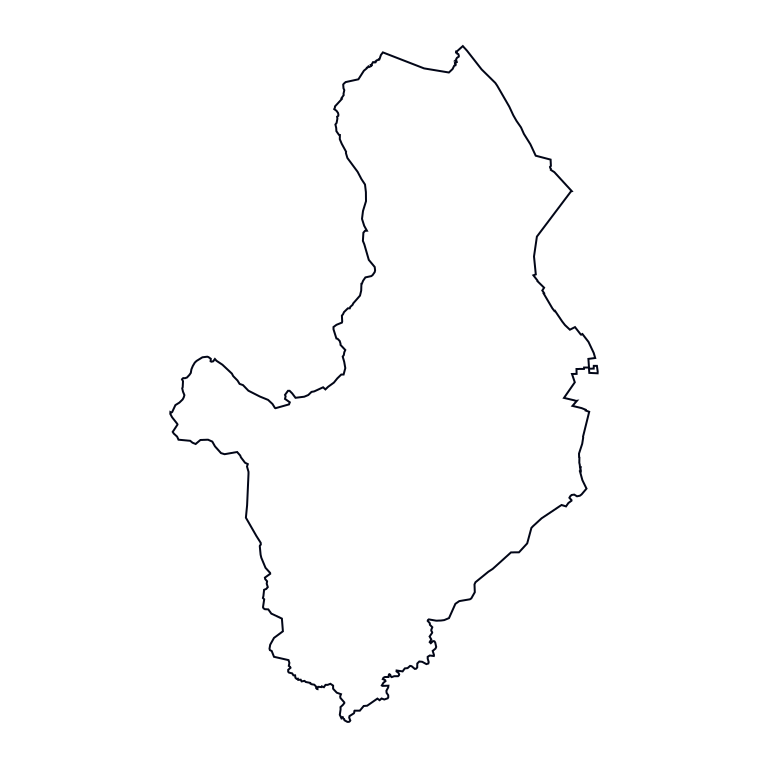 Kalkūnes pag., Daugavpils, Latvia
{"feature_id": "27541924B79116977656137", "entity_name": "Kalkūnes pag.", "entity_type": "district", "adm_level": 2, "iso_a3": "LVA", "parent_name": "Latvia", "parent_adm1": "Daugavpils", "projection": "orthographic", "projection_center": [26.423, 55.84], "detail": "fine", "context": "isolated", "style": "outline", "palette": "ink", "viewbox_px": 768, "rotation_deg": 0, "n_neighbors": 0, "source": "geoboundaries", "source_scale": "gbopen_adm2", "svg_char_len": 6071}
<svg xmlns="http://www.w3.org/2000/svg" viewBox="0 0 768 768"><path d="M589.2,411.8L585.6,410.5L585.8,409.8L581.6,408.1L572.5,405.9L576.9,400.8L575.4,401.0L575.0,400.5L564.0,397.9L574.8,382.3L572.0,374.0L576.6,373.9L576.5,369.0L584.0,368.9L584.1,367.5L589.0,367.5L588.4,358.9L595.2,358.0L593.7,352.9L588.5,341.9L582.4,334.0L581.1,334.7L580.6,334.3L575.0,327.1L569.9,329.7L565.0,325.1L562.2,321.5L555.0,310.8L554.5,311.1L552.4,308.4L543.6,293.4L544.1,293.1L542.3,290.5L544.1,287.7L537.4,281.1L537.5,280.6L533.4,275.3L535.8,274.4L534.0,256.5L536.9,236.6L570.9,191.5L571.8,191.2L554.3,172.1L550.8,169.9L550.9,168.9L550.2,167.8L550.0,166.9L550.9,165.9L550.6,159.6L535.7,155.7L530.4,144.3L523.9,133.9L521.0,127.4L516.5,120.9L513.3,115.3L509.3,106.7L497.2,85.7L495.3,82.9L481.6,69.4L467.0,50.7L462.8,46.1L457.1,51.2L456.1,51.4L456.0,52.5L456.9,52.6L457.1,53.6L458.3,54.1L458.8,55.5L458.8,56.6L456.9,57.9L456.2,59.2L456.2,59.8L455.1,60.8L456.6,61.3L456.8,62.1L454.9,62.9L455.0,63.8L455.7,64.3L455.5,65.3L454.2,65.7L452.6,69.0L448.9,72.5L424.1,68.4L382.9,52.4L380.9,55.0L379.6,58.9L378.9,59.1L379.0,59.7L376.6,60.4L375.7,62.0L375.3,61.6L374.6,62.4L373.1,62.1L371.7,64.4L371.8,65.0L370.8,65.0L371.1,66.1L369.1,67.0L368.4,66.4L367.7,67.4L366.8,67.7L366.8,68.3L363.9,70.7L358.4,79.3L345.6,82.1L343.7,83.8L343.2,84.6L343.5,88.3L344.3,90.1L343.5,93.9L343.7,95.1L341.4,98.3L341.9,98.9L335.0,106.4L334.9,107.7L334.2,109.1L336.5,110.8L338.0,112.9L338.4,114.6L338.3,115.8L337.1,116.7L337.4,118.6L336.6,122.9L335.4,124.5L336.2,127.9L336.4,131.2L339.0,134.9L339.9,135.0L339.8,139.2L341.7,143.7L346.1,151.8L345.9,153.0L347.4,158.0L357.6,171.8L361.5,179.2L365.0,184.5L365.9,192.1L366.0,201.2L363.0,211.0L362.0,218.9L364.2,225.8L366.9,230.7L365.0,230.8L363.4,232.7L362.9,240.9L364.3,244.3L368.8,259.9L374.7,267.0L375.1,270.3L374.7,272.1L372.6,275.1L371.3,276.1L365.4,277.4L363.1,280.7L361.6,284.4L361.4,284.3L361.2,290.6L360.0,295.6L353.2,303.4L352.6,304.8L350.3,306.9L349.8,308.3L347.9,308.3L344.0,312.1L343.0,314.3L341.9,315.6L342.2,321.5L341.9,322.6L336.5,324.8L333.5,327.0L333.5,329.3L336.4,338.5L337.6,338.8L339.7,341.0L340.5,343.6L340.5,344.9L345.3,350.0L344.3,352.2L343.8,355.1L342.7,356.6L344.2,361.8L345.3,368.1L343.6,374.5L341.3,374.5L337.3,378.4L333.9,382.6L328.1,386.8L325.4,389.4L323.1,387.3L314.2,391.4L311.5,391.9L308.3,395.0L304.3,396.7L295.5,397.8L292.2,393.4L289.6,390.8L288.0,390.8L285.0,394.9L285.6,396.3L285.0,398.9L289.8,402.3L289.0,404.4L275.5,408.2L274.9,407.9L272.5,404.0L268.1,399.9L259.8,396.5L248.4,390.7L243.0,385.1L239.6,383.9L237.5,380.5L233.2,376.1L231.9,373.6L222.4,364.7L216.5,360.8L214.9,359.0L213.2,361.3L211.5,361.7L210.6,361.3L210.8,358.8L208.5,357.1L207.3,356.7L202.4,357.3L196.6,360.9L194.8,362.6L192.8,366.0L191.4,369.4L190.8,372.9L189.5,374.8L187.0,377.5L185.0,378.2L183.2,378.1L182.0,379.3L183.0,381.2L182.7,387.2L182.2,388.3L183.0,391.7L184.4,395.1L183.7,397.5L182.6,399.5L179.4,402.6L175.4,405.1L172.2,412.0L171.3,412.6L170.4,412.1L170.3,413.9L172.1,417.3L177.3,423.9L177.5,424.6L172.7,431.9L173.8,433.6L177.1,436.6L178.5,439.7L190.2,440.8L192.5,442.7L195.6,444.0L200.4,440.0L208.0,439.7L212.3,441.6L215.0,446.4L221.0,453.1L224.6,454.2L237.1,452.0L240.2,455.5L240.9,457.3L245.0,462.7L247.8,464.1L247.0,466.5L248.5,471.8L248.5,473.9L247.1,505.2L245.9,517.7L256.4,536.0L260.7,542.8L260.8,544.6L259.9,545.6L259.8,546.4L260.6,554.7L261.3,557.7L265.5,567.8L270.1,572.9L270.2,573.8L264.9,577.6L265.2,579.1L267.1,581.3L266.7,583.7L267.8,587.1L266.3,588.9L264.1,589.8L263.4,596.1L262.9,598.0L264.2,599.3L263.0,607.2L263.6,608.4L264.9,609.2L268.3,609.4L271.3,613.6L281.9,618.6L282.9,631.3L274.0,637.9L270.2,644.7L269.5,648.7L269.9,650.1L271.7,651.0L274.0,656.8L288.5,660.1L289.4,662.9L288.8,665.9L290.1,666.9L290.5,667.8L288.2,669.8L288.2,671.7L289.0,672.6L292.2,673.4L293.4,675.3L295.1,675.3L295.4,677.7L296.6,678.9L297.9,678.7L298.2,679.9L300.7,679.7L301.6,681.4L304.5,680.9L305.8,682.0L310.3,682.9L310.4,683.6L311.5,684.2L314.3,684.7L316.2,686.7L316.1,688.0L317.0,689.0L317.5,689.1L317.5,687.8L318.2,686.8L321.5,687.1L321.8,686.4L323.9,687.2L325.5,684.9L327.6,684.9L330.4,683.8L333.1,685.6L333.1,688.5L333.4,689.1L336.8,692.7L341.0,694.2L340.2,696.3L340.4,697.9L344.3,702.4L344.3,703.1L342.9,704.9L340.5,707.1L340.6,709.3L339.8,714.8L341.3,718.0L341.8,717.2L342.7,717.1L343.3,718.7L344.1,719.0L344.5,720.3L347.4,721.9L348.9,721.9L349.8,721.3L350.3,720.5L349.2,717.7L349.5,716.1L353.9,713.3L354.3,712.3L354.3,711.1L354.6,710.7L359.8,710.7L363.7,706.0L367.2,705.7L377.4,698.6L379.6,700.2L381.6,698.5L384.3,699.5L387.7,698.3L388.3,697.2L388.2,695.2L386.6,692.9L386.4,690.8L388.2,687.4L388.4,685.7L382.5,685.9L381.8,685.5L383.4,682.8L385.5,681.1L385.2,680.2L382.8,679.1L383.5,677.7L385.0,677.0L388.5,677.0L388.9,674.6L389.3,674.2L390.2,674.7L390.8,676.4L391.7,677.1L394.2,676.2L398.0,676.2L398.9,675.4L399.2,674.4L398.4,672.8L396.5,671.4L396.6,670.5L402.6,671.4L404.8,668.4L407.6,668.1L410.1,665.9L411.6,666.2L414.8,668.9L416.1,668.7L417.2,667.5L417.3,663.5L419.3,661.5L422.2,661.8L426.4,664.1L428.3,663.5L428.7,662.1L427.7,658.7L427.7,656.8L429.8,655.5L433.8,656.0L434.0,655.1L432.7,650.9L435.5,648.6L436.2,646.9L435.2,642.5L434.4,641.3L433.0,641.1L430.8,643.2L429.7,642.1L431.3,639.4L429.6,636.5L432.1,632.9L432.2,632.3L431.3,630.7L431.3,629.8L432.3,627.2L429.9,624.8L429.8,623.2L427.7,620.9L428.0,620.0L428.8,619.4L436.3,620.7L441.1,620.5L444.2,620.1L449.0,618.1L455.4,603.8L459.3,601.1L469.9,599.3L471.3,598.4L474.8,592.2L474.5,584.4L475.5,582.2L488.4,571.7L492.7,568.9L511.0,552.4L519.0,552.3L527.2,543.4L531.4,527.9L533.0,526.2L541.6,518.3L561.5,505.0L566.0,506.4L568.4,503.0L571.5,500.7L571.5,500.1L569.4,497.8L570.2,496.3L571.6,495.0L574.2,494.6L577.0,496.3L579.9,495.7L581.6,494.4L586.5,488.6L582.4,480.2L580.2,472.2L580.0,471.5L580.8,471.5L580.8,470.5L580.1,470.6L580.7,467.4L580.0,467.5L579.8,465.0L579.3,462.7L579.4,457.5L579.1,457.3L579.0,453.6L582.2,443.8L583.2,437.5L583.0,436.8L589.2,411.8ZM596.9,365.9L593.8,365.9L593.7,368.6L589.0,368.7L589.3,372.9L597.6,373.3L597.7,371.6L596.9,365.9Z" fill="none" stroke="#020617" stroke-width="2"/></svg>